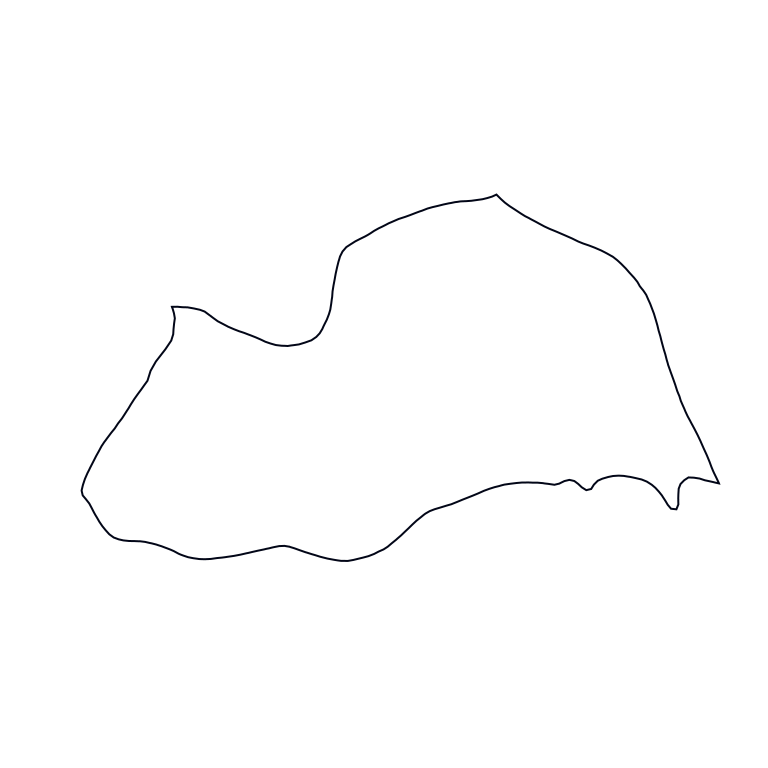 Tarim, Hadramawt, Yemen, rotated 81°
{"feature_id": "15242507B10935646704236", "entity_name": "Tarim", "entity_type": "district", "adm_level": 2, "iso_a3": "YEM", "parent_name": "Yemen", "parent_adm1": "Hadramawt", "projection": "orthographic", "projection_center": [49.084, 16.078], "detail": "fine", "context": "isolated", "style": "outline", "palette": "ink", "viewbox_px": 768, "rotation_deg": 81, "n_neighbors": 0, "source": "geoboundaries", "source_scale": "gbopen_adm2", "svg_char_len": 5559}
<svg xmlns="http://www.w3.org/2000/svg" viewBox="0 0 768 768"><g transform="rotate(81 384 384)"><path d="M529.0,588.6L529.2,586.9L529.7,582.4L529.8,576.1L530.1,571.3L530.2,568.0L530.2,566.4L530.3,559.1L530.1,552.4L529.7,546.7L529.6,544.3L529.3,540.6L528.9,534.5L528.6,528.2L528.4,525.9L528.3,523.2L528.0,519.9L527.9,518.1L527.7,512.9L528.0,510.4L528.3,507.7L529.8,503.2L529.9,502.8L530.3,502.2L532.1,498.5L532.9,497.0L535.0,493.2L537.9,487.8L538.4,486.7L540.8,481.9L542.2,478.9L542.9,477.5L544.6,474.1L545.6,471.8L547.6,467.1L549.8,460.9L550.9,457.6L551.9,454.3L553.1,447.4L553.0,442.3L553.0,441.9L552.6,437.1L552.2,432.0L551.6,426.3L550.3,420.3L548.7,415.6L547.3,410.3L545.3,405.8L542.6,401.4L539.6,396.2L538.8,395.0L536.2,390.8L533.2,386.5L530.2,382.1L529.4,381.0L527.2,377.9L524.1,373.3L521.5,368.7L519.5,365.3L518.5,363.4L518.2,362.6L516.7,358.7L515.8,354.5L515.6,353.5L514.8,347.5L513.9,341.2L513.6,338.8L513.3,336.3L512.6,333.3L511.9,330.2L510.5,324.4L509.2,318.5L508.6,315.8L508.1,313.6L507.1,309.4L506.8,308.2L505.1,301.9L504.0,296.3L503.2,291.0L502.8,286.2L502.5,284.0L502.2,280.9L502.3,274.5L502.5,269.2L502.5,268.9L502.9,263.2L503.6,258.5L503.7,257.6L504.1,255.5L504.7,252.6L504.9,251.4L505.5,247.7L506.8,242.5L507.3,241.1L508.3,237.5L510.2,231.4L510.1,230.3L509.8,226.4L509.4,225.3L508.1,221.0L507.7,215.9L508.6,213.6L509.6,211.2L510.3,210.5L513.1,207.8L517.0,204.8L520.5,200.8L520.3,198.5L520.1,195.8L516.2,192.4L514.9,190.6L513.0,188.0L511.7,183.2L511.0,177.8L510.9,176.9L510.7,172.2L511.2,166.7L511.8,163.8L512.3,161.5L513.7,157.3L514.2,155.6L515.3,152.7L516.4,149.9L518.6,144.5L521.5,139.7L525.4,135.3L529.0,132.2L533.4,129.3L537.8,126.8L538.4,126.6L543.1,124.5L545.3,123.6L547.6,122.7L552.1,120.0L552.8,117.4L553.5,114.8L549.0,112.1L545.2,111.6L544.2,111.4L543.2,111.3L538.9,110.5L537.1,110.1L533.5,109.3L529.2,106.8L526.0,102.5L524.6,99.4L523.9,97.8L524.1,97.1L525.0,92.6L526.5,87.9L526.7,87.2L529.3,82.1L531.1,77.4L532.2,74.6L533.3,72.0L534.0,70.2L534.6,68.7L534.1,68.8L528.6,70.4L523.4,72.0L521.2,72.6L517.0,73.6L511.9,74.6L504.8,76.3L497.7,78.3L490.9,80.1L490.4,80.2L483.6,82.2L476.6,84.5L470.1,86.8L468.5,87.3L463.5,89.1L461.1,89.8L458.3,90.6L455.3,91.3L452.0,92.2L447.0,93.5L443.3,94.0L442.0,94.2L439.7,94.8L436.7,95.5L431.5,96.3L430.7,96.4L424.7,97.5L419.5,98.5L417.0,99.0L414.7,99.4L409.5,100.4L408.1,100.5L404.4,101.0L398.9,101.5L393.3,102.3L386.9,103.0L383.8,103.3L380.0,103.6L374.2,104.4L369.0,104.8L363.3,105.5L362.6,105.6L356.7,106.4L351.9,107.4L349.5,107.9L346.6,108.5L345.1,108.9L341.9,109.8L338.0,110.8L336.9,111.1L334.5,112.2L332.0,113.4L330.0,114.6L327.3,116.1L325.3,116.8L322.7,117.8L321.3,118.6L318.3,120.3L312.4,124.2L307.6,127.2L305.4,128.8L302.6,130.8L298.3,134.2L294.3,137.9L290.0,143.3L288.5,145.3L286.1,148.6L282.3,154.6L279.3,159.8L276.4,165.3L273.7,169.8L269.6,175.6L265.3,182.3L260.8,189.4L258.9,192.5L257.4,195.0L256.4,196.6L253.5,200.9L249.7,205.9L248.6,207.3L246.7,209.8L244.4,212.9L243.7,213.8L242.8,214.9L240.3,218.4L236.9,222.3L232.5,227.1L228.0,232.1L226.8,233.3L223.8,236.2L219.6,239.6L215.5,242.6L214.5,243.3L215.8,247.9L216.5,252.9L216.9,257.7L216.9,258.0L216.9,258.9L216.8,263.7L216.7,269.0L216.3,273.8L215.8,278.1L215.6,280.1L215.6,283.0L215.5,285.5L215.7,289.6L215.7,291.6L215.9,295.3L216.0,297.2L216.5,302.8L216.9,308.4L217.5,313.6L218.8,319.5L219.1,321.5L219.9,325.5L221.3,332.0L222.2,336.7L223.2,343.0L223.3,343.7L224.7,349.1L225.1,350.6L226.0,354.2L227.2,357.7L227.8,359.6L228.2,360.8L229.4,364.9L231.2,369.8L233.0,373.7L233.5,374.9L234.2,376.6L235.3,379.6L237.0,385.1L238.6,390.0L240.2,393.7L240.7,394.9L241.2,396.0L242.9,399.8L245.2,402.5L246.6,404.2L251.2,407.5L254.0,408.8L256.0,409.8L261.2,412.0L267.3,414.4L271.3,415.8L272.5,416.2L278.9,418.5L284.4,420.3L290.0,421.6L292.1,422.3L296.2,423.5L302.1,425.4L304.0,426.3L306.5,427.5L311.5,430.4L315.8,433.5L317.8,434.9L320.0,436.3L323.9,439.6L325.6,441.8L327.0,443.6L327.2,444.1L329.5,448.9L329.8,450.6L330.7,455.4L331.6,461.8L331.5,467.2L331.4,469.7L331.4,473.2L330.9,475.4L330.2,479.1L328.7,484.4L328.3,485.4L326.2,489.9L323.7,494.6L321.9,497.2L320.6,499.1L317.8,503.5L314.5,509.1L314.2,509.7L311.7,514.0L310.3,516.7L309.3,518.7L306.5,523.5L302.9,529.2L302.4,529.8L299.5,533.7L296.3,538.0L296.1,538.3L294.8,539.6L292.2,542.2L288.3,546.0L284.4,549.8L281.9,554.2L279.7,559.8L278.8,562.4L277.5,566.2L277.3,567.4L276.6,571.2L275.4,575.9L275.0,578.6L274.6,581.4L275.3,581.3L276.4,581.0L281.2,580.4L286.4,580.3L288.3,580.9L291.6,581.9L296.9,583.3L301.9,584.4L304.7,585.8L306.7,586.8L307.8,587.3L315.4,594.4L326.1,605.8L334.5,612.5L343.8,617.1L344.3,617.6L346.8,620.1L347.9,621.2L351.5,624.7L355.0,628.3L359.9,633.1L364.5,637.2L367.9,640.0L368.8,640.8L370.2,642.1L373.7,645.2L376.7,647.9L377.6,648.8L381.3,652.8L385.8,656.9L389.0,660.5L390.3,661.9L391.0,662.6L394.1,665.8L396.2,667.9L397.6,669.4L399.8,671.4L401.2,672.7L403.7,674.6L405.3,675.8L410.0,679.5L415.5,683.5L421.1,687.6L422.6,688.6L425.6,690.8L430.9,694.2L432.8,695.2L436.5,697.1L437.9,697.7L441.8,699.3L442.7,699.3L442.8,699.3L446.9,699.0L451.2,696.4L451.6,696.2L455.9,693.8L460.5,692.2L465.7,690.5L468.4,689.5L470.8,688.5L475.0,686.9L475.5,686.7L480.4,684.4L484.9,681.8L489.5,678.8L493.4,674.9L493.7,674.3L495.9,670.4L497.7,665.9L498.0,664.8L499.2,660.3L499.6,658.0L500.2,654.6L501.1,650.2L501.1,649.8L502.6,644.6L504.4,640.2L505.0,638.5L507.0,633.9L507.8,632.4L509.5,629.0L511.0,626.4L512.4,623.9L514.2,620.8L516.2,617.7L519.5,613.4L520.7,611.5L522.0,609.2L524.4,604.6L526.2,599.7L527.5,595.4L527.9,594.2L528.3,592.3L529.0,588.6Z" fill="none" stroke="#020617" stroke-width="2"/></g></svg>